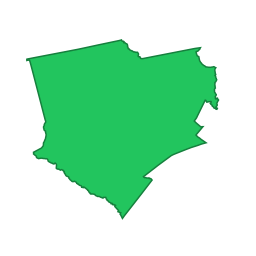 Grajaú, Maranhão, Brazil (Robinson projection), rotated 79°
{"feature_id": "56859067B31201037702060", "entity_name": "Grajaú", "entity_type": "district", "adm_level": 2, "iso_a3": "BRA", "parent_name": "Brazil", "parent_adm1": "Maranhão", "projection": "robinson", "projection_center": [-45.931, -5.808], "detail": "fine", "context": "isolated", "style": "filled", "palette": "green", "viewbox_px": 256, "rotation_deg": 79, "n_neighbors": 0, "source": "geoboundaries", "source_scale": "gbopen_adm2", "svg_char_len": 5524}
<svg xmlns="http://www.w3.org/2000/svg" viewBox="0 0 256 256"><g transform="rotate(79 128 128)"><path d="M40.3,117.6L40.4,118.5L40.5,120.4L40.5,121.6L40.8,141.6L41.0,150.9L41.2,161.6L41.2,163.0L41.2,167.1L41.1,205.9L41.1,214.1L41.6,214.3L42.4,214.4L42.3,213.5L42.4,212.8L42.3,212.2L42.8,211.9L43.3,211.6L47.2,211.3L53.1,210.9L85.0,208.9L104.6,207.7L105.3,207.5L105.8,207.6L106.4,207.6L106.8,207.9L107.3,208.5L107.8,208.9L108.4,209.5L109.2,209.5L109.8,209.9L110.3,210.5L111.1,210.7L111.8,210.9L112.5,210.6L113.7,210.8L114.4,210.5L114.9,210.0L115.4,209.5L116.1,209.8L116.7,209.7L117.6,209.7L118.6,209.6L119.1,209.7L119.7,209.9L120.4,210.0L121.0,210.4L121.5,210.6L122.1,210.8L122.8,211.1L123.2,211.3L124.0,212.0L125.4,212.8L126.0,213.4L126.5,213.8L127.6,214.1L128.2,214.2L128.8,214.4L129.5,214.8L130.0,215.4L130.4,215.9L131.1,216.6L133.8,225.4L134.5,225.3L135.4,225.7L136.6,224.8L137.3,224.1L138.2,223.4L139.0,223.5L139.8,223.2L141.0,221.6L141.0,220.5L141.0,219.5L141.1,218.9L141.2,218.3L141.4,217.8L141.8,217.0L141.9,216.2L142.2,215.5L142.5,214.8L142.6,213.9L143.1,213.1L143.7,212.8L144.6,212.7L145.2,212.7L145.8,212.3L146.3,211.7L146.8,211.1L147.2,210.5L147.7,210.1L148.0,209.2L148.6,208.7L148.9,208.2L149.2,207.5L148.9,207.0L148.5,206.3L149.2,205.6L149.9,205.3L150.6,205.2L151.3,205.4L152.0,205.6L152.4,205.7L153.1,205.9L153.7,206.1L154.3,205.7L154.8,205.3L155.0,204.4L155.2,203.9L155.5,203.5L156.1,202.8L156.5,202.2L156.2,201.6L156.2,200.9L156.8,200.5L157.1,199.8L158.0,199.6L158.4,198.9L158.9,198.9L159.4,199.2L160.0,199.0L160.5,198.9L161.2,198.4L161.7,198.4L162.8,198.0L163.4,197.6L164.2,196.4L164.6,195.7L165.3,195.5L166.0,195.6L166.6,195.2L167.5,194.8L168.0,194.5L168.4,194.1L169.7,193.2L170.1,192.5L170.2,192.0L170.1,190.5L170.7,190.0L171.1,189.4L171.8,189.0L172.6,188.9L173.0,188.1L173.7,187.8L173.8,187.3L174.5,187.0L175.1,186.3L175.5,185.6L175.7,185.0L176.6,184.7L177.3,184.8L177.4,184.0L177.9,183.6L178.1,182.7L177.6,182.5L178.3,181.7L178.9,181.1L179.6,180.7L180.0,180.2L180.5,180.0L181.0,179.4L181.6,179.4L181.9,178.9L183.1,178.6L183.9,178.3L184.6,177.9L184.8,177.4L185.5,177.4L185.8,176.9L185.8,176.4L185.9,175.8L186.3,174.5L186.7,173.6L187.0,173.1L187.7,173.0L188.4,172.3L188.7,171.7L189.3,171.1L189.5,170.4L189.6,169.6L190.0,168.8L190.5,168.4L190.9,167.7L191.5,166.8L192.0,166.0L191.5,165.8L191.4,165.2L191.7,164.0L191.8,163.1L192.8,162.9L193.7,162.8L194.2,162.2L195.1,162.3L195.6,161.5L196.7,161.1L197.6,160.0L198.0,159.4L199.1,159.0L198.8,158.4L199.0,157.9L199.7,157.6L200.2,157.8L200.6,157.2L200.5,156.4L200.9,156.1L201.1,155.6L201.4,155.2L201.6,155.7L202.2,155.7L202.7,155.9L203.3,155.4L203.9,155.0L204.4,154.8L205.0,154.6L205.3,154.1L206.1,153.7L206.9,153.2L207.5,153.4L208.0,153.7L208.0,153.1L208.7,153.1L209.1,152.5L209.5,151.9L209.9,151.3L210.5,151.8L211.0,152.2L211.8,151.8L215.7,150.7L213.6,148.5L203.7,137.1L200.9,133.9L198.9,131.6L196.7,129.1L195.5,127.7L183.7,114.3L183.1,114.6L182.6,114.8L182.1,115.3L181.7,116.0L181.7,116.7L181.0,116.9L181.0,117.6L180.8,118.4L180.7,118.9L180.6,119.4L180.0,120.0L180.0,120.9L179.8,121.4L179.2,121.9L178.7,122.1L172.2,109.2L170.4,105.7L163.3,90.7L163.0,89.6L162.6,88.1L160.2,75.4L159.2,69.7L158.6,64.5L158.4,62.8L157.8,59.1L157.4,54.2L152.8,58.7L152.1,59.2L151.3,59.9L150.8,60.5L150.1,61.2L147.9,62.6L147.5,62.2L141.0,54.2L140.8,55.4L141.0,56.1L140.4,56.6L136.3,59.9L133.8,61.6L133.1,60.9L132.3,60.0L131.0,58.7L129.2,57.4L115.4,46.9L115.7,46.4L116.2,46.4L116.6,46.0L117.6,45.8L117.7,45.2L117.6,44.4L117.7,43.2L117.7,41.9L117.9,41.4L118.6,41.5L119.3,41.9L119.5,42.5L119.9,42.3L120.5,42.1L121.0,41.7L121.9,41.0L122.6,41.1L123.1,40.6L123.5,40.3L123.9,40.0L124.6,39.9L125.2,39.1L125.3,38.6L125.7,38.1L126.4,38.0L126.6,37.2L126.2,36.9L125.7,36.5L125.2,37.1L124.9,37.6L124.4,37.8L123.9,37.5L123.3,36.6L122.7,36.1L122.0,36.0L121.4,36.2L121.0,36.1L120.5,35.9L120.0,35.6L119.5,35.2L119.0,34.8L118.6,34.6L118.2,34.0L117.7,33.8L117.0,34.3L116.5,34.4L115.8,34.5L115.9,35.1L116.2,35.6L116.2,36.3L115.8,36.6L115.2,36.4L114.7,36.2L114.2,36.4L113.7,36.3L113.2,35.7L112.6,35.2L112.0,35.0L111.4,35.4L110.5,35.6L110.0,35.8L109.6,36.1L109.0,36.1L108.1,36.1L107.3,35.8L106.5,35.8L106.0,35.3L105.4,34.6L104.8,34.7L104.0,34.8L103.5,34.4L103.0,34.6L102.3,34.6L101.5,34.3L100.9,34.1L100.1,34.1L99.7,33.7L99.4,33.1L98.9,32.7L98.3,32.2L97.9,31.9L97.3,31.7L96.7,32.0L96.2,31.9L95.7,32.1L95.0,32.2L94.3,32.1L93.6,32.3L92.9,32.6L92.7,32.0L92.0,31.6L91.4,31.9L90.9,32.0L90.1,31.8L89.2,31.8L88.5,31.9L87.9,31.7L87.2,31.6L86.6,31.3L85.6,30.3L85.2,30.9L84.7,31.4L84.2,32.0L84.2,32.7L84.3,33.3L84.2,34.1L84.2,34.6L84.2,35.4L84.0,36.2L83.8,37.2L83.5,38.0L83.2,38.9L82.7,40.2L82.2,40.4L81.6,40.9L81.1,41.7L80.7,42.0L80.3,42.3L79.6,43.0L79.0,43.3L78.2,43.6L77.8,44.0L75.7,44.8L74.5,44.9L73.8,44.9L72.6,44.9L71.4,44.9L70.5,46.2L68.5,46.6L67.7,46.6L66.9,46.7L66.3,46.7L66.0,46.2L66.0,45.5L65.9,44.9L65.5,44.2L65.1,43.7L64.8,43.3L64.5,42.8L64.0,42.2L63.3,42.0L63.0,41.7L62.7,47.2L62.7,81.3L62.7,100.2L62.6,100.9L62.3,101.9L62.0,102.4L61.4,102.4L61.0,102.7L60.6,102.6L60.2,103.0L60.1,103.7L59.8,104.3L58.8,104.2L58.1,103.8L57.6,103.6L57.0,103.6L56.4,103.8L56.0,104.1L55.5,104.2L55.3,104.9L55.3,105.8L55.0,106.4L54.6,106.7L54.5,107.6L54.1,108.3L53.7,108.6L53.2,109.0L52.9,109.8L52.4,110.3L52.1,110.8L51.7,111.3L51.2,111.5L50.6,111.8L50.4,112.5L49.6,112.7L48.8,112.6L48.2,113.0L47.6,112.7L46.9,112.7L46.2,112.7L45.6,112.8L45.0,113.4L44.7,114.0L43.9,114.5L43.7,115.1L43.5,115.8L42.8,115.9L42.4,115.5L41.9,116.1L41.8,116.9L41.2,117.4L40.3,117.6Z" fill="#22c55e" stroke="#15803d" stroke-width="1.5"/></g></svg>